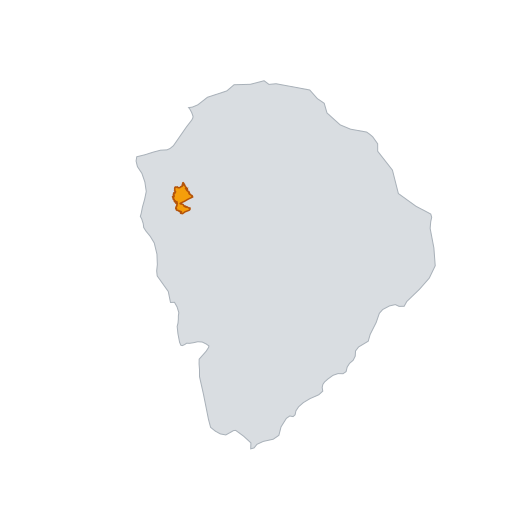 location of Arbolito, Cerro Largo, Uruguay, rotated 215°
{"feature_id": "84410073B155313044366", "entity_name": "Arbolito", "entity_type": "district", "adm_level": 2, "iso_a3": "URY", "parent_name": "Uruguay", "parent_adm1": "Cerro Largo", "projection": "mercator", "projection_center": [-54.143, -32.623], "detail": "fine", "context": "in_parent", "style": "filled", "palette": "amber", "viewbox_px": 512, "rotation_deg": 215, "n_neighbors": 0, "source": "geoboundaries", "source_scale": "gbopen_adm2", "svg_char_len": 5926}
<svg xmlns="http://www.w3.org/2000/svg" viewBox="0 0 512 512"><g transform="rotate(215 256 256)"><path d="M396.3,338.9L393.5,341.5L390.4,346.4L386.8,358.2L374.6,374.5L372.2,383.7L359.1,393.4L349.9,404.2L343.8,404.0L338.4,408.6L307.2,422.8L296.0,420.1L287.7,420.2L279.9,413.9L262.3,411.7L251.3,414.1L236.4,421.0L232.0,420.9L228.8,420.6L220.7,417.7L216.4,411.6L193.5,404.6L175.2,388.8L153.5,388.5L136.9,390.6L134.3,388.5L132.6,384.4L129.2,378.5L114.9,364.6L103.6,350.8L101.4,337.3L103.0,322.6L106.4,305.2L105.8,299.8L109.9,296.8L114.0,296.1L118.0,291.7L121.5,284.9L122.1,279.8L119.4,270.4L117.5,257.2L115.2,250.6L119.8,240.3L120.0,235.3L117.3,230.9L116.6,226.4L117.8,221.7L117.6,217.3L115.9,213.0L117.2,209.5L121.4,206.7L124.5,202.4L126.5,196.6L127.6,192.2L127.6,189.2L126.4,186.3L123.8,183.6L125.0,178.3L129.9,170.3L133.1,163.2L134.6,157.0L134.5,152.1L132.9,148.3L133.5,145.7L136.6,144.3L138.0,140.4L137.5,130.4L134.4,122.2L136.8,115.8L143.7,108.3L147.2,102.3L147.5,97.7L149.7,95.0L153.0,100.0L162.8,101.3L172.6,101.5L174.2,100.2L178.1,92.1L183.2,89.8L188.8,89.2L194.9,89.6L201.3,95.0L219.6,112.5L233.1,124.8L237.1,130.5L240.7,134.9L243.4,138.9L242.2,149.4L242.4,154.0L243.0,155.3L246.1,155.4L250.7,154.7L254.5,152.4L257.5,149.1L260.4,146.3L262.8,144.8L263.6,142.6L265.0,140.3L266.4,139.8L269.1,141.5L275.3,147.5L280.2,153.1L281.4,156.3L283.3,159.6L285.3,162.5L286.7,165.3L291.4,169.0L296.2,171.3L299.4,168.9L307.5,176.6L325.5,183.0L328.8,186.8L331.9,192.4L338.2,200.7L346.8,208.3L353.8,211.4L360.5,213.3L364.3,214.9L366.9,217.8L371.0,220.9L373.5,222.1L374.4,224.9L377.1,231.0L379.8,238.7L382.9,245.9L389.4,252.8L396.8,258.2L404.4,261.2L408.7,265.0L410.6,268.9L405.4,274.8L399.8,282.1L394.9,287.9L389.8,291.9L388.1,294.7L386.9,299.0L387.0,322.0L386.6,330.5L386.9,332.8L387.7,334.3L390.9,336.6L394.7,338.5L396.3,338.9Z" fill="#d9dde1" stroke="#a8b0b8" stroke-width="1"/><path d="M341.8,267.9L342.0,268.0L341.9,268.1L342.0,268.2L342.4,267.9L342.5,267.9L342.5,268.0L342.7,268.3L342.8,268.4L342.9,268.5L343.0,268.5L343.0,268.8L343.3,268.8L343.5,268.8L343.9,268.7L344.2,268.6L344.3,268.6L344.5,268.7L344.9,268.6L345.0,268.6L345.1,268.8L345.3,268.9L345.5,268.8L345.5,268.7L345.8,268.5L346.0,268.6L346.0,268.8L346.3,268.8L346.3,269.0L346.5,269.2L346.7,269.3L346.8,269.4L346.8,269.5L347.0,269.7L347.4,269.5L347.4,269.4L347.5,269.5L347.8,269.5L348.0,269.8L348.0,270.1L347.9,270.1L348.0,270.3L349.1,269.9L349.3,270.0L349.6,270.0L349.8,270.0L349.7,270.3L349.8,270.5L350.0,270.5L350.3,270.4L350.4,270.1L350.5,270.1L350.6,270.3L350.7,270.6L350.6,270.8L350.5,271.2L350.4,271.2L350.4,271.4L350.6,271.5L350.8,271.5L350.8,271.2L351.0,271.2L351.3,271.2L351.3,271.3L351.3,271.5L352.0,270.7L352.2,270.8L352.0,271.0L351.9,271.2L352.0,271.4L352.3,271.3L352.3,271.2L352.5,271.2L352.5,271.3L352.5,271.6L352.4,271.6L352.1,271.7L352.1,271.8L352.3,272.1L352.5,272.1L352.8,272.1L353.4,272.3L353.6,272.3L353.7,272.5L353.8,272.6L354.0,272.6L354.3,272.6L354.5,272.6L354.8,272.7L354.8,273.0L355.0,273.1L355.3,272.9L355.6,273.6L355.8,273.7L356.0,273.6L356.3,273.6L356.5,273.7L356.6,273.8L356.9,274.1L357.0,274.1L357.4,274.2L357.5,274.2L357.7,274.3L357.8,274.2L357.9,273.9L357.6,273.7L357.4,273.6L357.2,273.5L357.2,273.4L357.2,273.2L357.3,273.1L357.1,273.0L357.0,272.9L356.9,272.9L357.0,272.4L357.0,272.2L356.9,272.2L357.1,271.9L356.8,271.8L356.7,271.8L356.6,271.7L356.5,271.4L356.5,271.2L356.7,270.9L356.5,270.7L356.6,270.4L356.8,270.4L357.0,270.3L357.1,270.2L357.2,269.9L357.3,269.6L357.3,269.4L357.4,269.0L357.5,269.0L357.5,268.9L357.5,268.6L357.7,268.2L357.8,268.1L358.1,267.8L358.2,267.7L358.4,267.7L358.6,267.6L358.8,267.4L359.0,267.3L359.1,267.2L359.5,267.3L359.8,267.5L360.0,267.5L360.3,267.4L360.4,267.2L360.5,266.9L360.8,266.7L360.9,266.4L361.0,266.3L361.3,266.4L361.5,266.4L361.7,266.0L361.8,265.7L361.7,265.5L361.6,265.4L361.5,264.8L360.8,264.2L360.7,263.9L360.6,263.7L360.5,263.2L360.2,263.1L359.8,263.1L359.4,262.8L359.4,262.4L359.1,262.3L358.7,262.4L358.6,262.1L358.9,261.8L359.2,261.7L359.2,261.4L358.9,261.3L358.6,261.3L358.5,261.1L358.5,260.6L358.9,260.5L359.1,260.5L359.3,260.7L359.4,260.8L359.5,260.7L359.5,260.2L359.2,259.7L359.0,259.4L358.9,259.2L358.6,259.2L358.3,258.9L358.4,258.7L358.6,258.6L358.4,258.4L358.1,258.3L357.8,258.3L357.6,258.4L357.4,258.2L357.3,257.9L357.3,257.4L357.2,256.9L357.3,256.8L357.5,256.8L358.0,257.0L358.3,257.0L358.4,256.7L358.2,256.5L357.9,256.4L357.5,256.4L357.3,256.3L357.2,255.9L357.0,255.7L356.6,255.8L356.5,255.6L356.5,255.2L356.3,255.0L356.1,255.0L355.9,255.2L355.9,255.5L355.7,255.5L355.5,255.4L355.5,255.0L355.3,255.0L355.1,255.0L355.0,254.7L354.8,254.5L354.6,254.5L354.4,254.6L354.2,254.7L354.1,254.2L354.1,253.9L353.7,253.8L353.6,254.0L353.4,254.4L353.3,254.5L353.1,254.2L352.9,253.9L352.7,253.9L352.5,254.0L352.5,254.3L352.5,254.7L352.2,254.9L351.9,255.0L351.6,255.0L351.4,254.8L351.3,254.5L351.4,254.2L351.8,253.7L351.8,253.3L351.1,253.3L350.9,253.6L350.8,253.8L350.5,253.8L350.3,253.5L350.3,253.0L350.1,252.8L350.0,252.3L349.8,252.1L350.0,251.9L349.9,251.7L349.6,251.5L349.5,251.4L349.4,250.9L349.5,250.4L349.7,250.1L349.5,249.8L349.1,249.6L348.9,249.4L349.0,249.0L348.9,248.8L348.3,249.1L348.1,249.0L348.0,248.7L347.9,248.5L347.8,248.3L347.6,248.1L347.2,248.1L346.8,248.1L346.5,248.4L346.0,248.5L345.9,248.7L345.5,248.8L345.2,248.7L344.9,248.5L344.7,248.5L344.8,248.9L344.6,249.0L344.4,249.0L344.1,249.1L343.9,249.1L343.7,249.0L343.4,249.3L343.2,249.4L342.6,249.4L342.6,248.8L342.7,248.2L342.3,247.8L341.7,247.9L341.4,248.1L341.4,248.3L341.3,248.5L340.4,248.6L339.6,251.1L339.5,251.4L337.0,255.1L336.9,255.6L336.8,256.2L337.5,257.4L338.0,257.3L338.1,256.8L341.0,256.7L341.1,256.0L341.6,256.0L341.7,255.8L342.3,255.8L342.9,256.3L343.0,256.2L343.0,255.6L343.6,255.6L345.0,256.3L345.3,256.3L346.2,256.1L347.3,255.5L348.2,255.4L348.3,255.5L348.2,255.9L347.9,256.4L346.9,258.2L346.0,259.7L344.6,262.8L343.3,265.3L342.7,266.2L341.8,267.9Z" fill="#f59e0b" stroke="#b45309" stroke-width="1.5"/></g></svg>